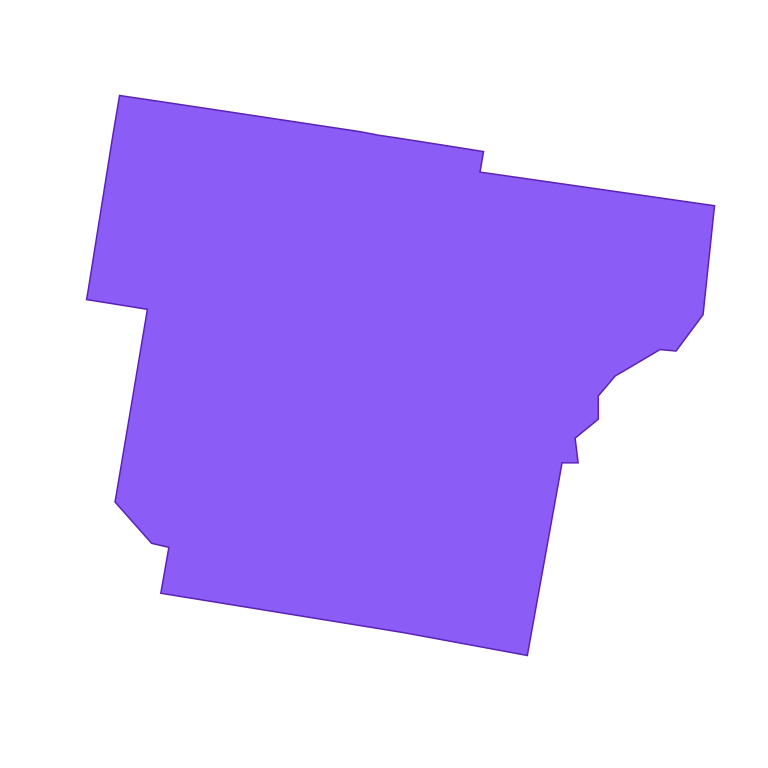 Grant, Arkansas, United States of America, rotated 278°
{"feature_id": "52423323B41893440986627", "entity_name": "Grant", "entity_type": "district", "adm_level": 2, "iso_a3": "USA", "parent_name": "United States of America", "parent_adm1": "Arkansas", "projection": "equal_earth", "projection_center": [-92.409, 34.278], "detail": "fine", "context": "isolated", "style": "filled", "palette": "violet", "viewbox_px": 768, "rotation_deg": 278, "n_neighbors": 0, "source": "geoboundaries", "source_scale": "gbopen_adm2", "svg_char_len": 551}
<svg xmlns="http://www.w3.org/2000/svg" viewBox="0 0 768 768"><g transform="rotate(278 384 384)"><path d="M145.7,192.1L140.5,437.7L135.1,563.7L330.7,571.3L332.9,587.2L357.0,580.8L379.0,601.1L401.9,597.8L424.1,611.8L436.3,627.2L456.5,652.5L457.3,668.6L497.0,690.3L606.5,686.5L607.2,449.6L628.0,450.2L629.4,368.2L629.6,343.4L630.5,327.1L631.5,230.9L631.8,204.2L632.9,82.0L592.9,80.9L435.1,78.0L426.2,77.7L425.0,139.3L356.1,137.5L348.1,137.3L229.7,134.1L193.9,176.0L192.3,193.7L145.7,192.1Z" fill="#8b5cf6" stroke="#5b21b6" stroke-width="1.5"/></g></svg>